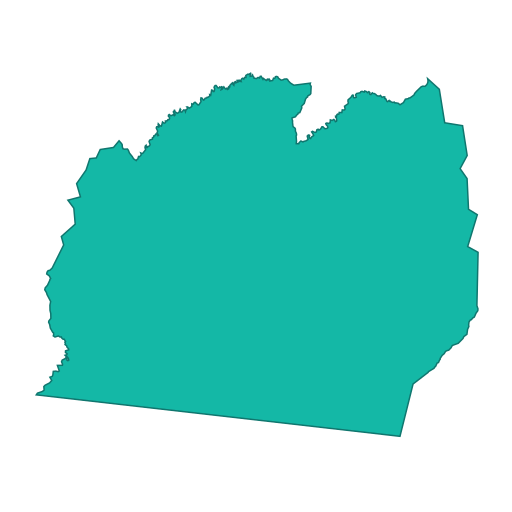 Tarauacá, Acre, Brazil (Robinson projection), rotated 179°
{"feature_id": "56859067B77196196599270", "entity_name": "Tarauacá", "entity_type": "district", "adm_level": 2, "iso_a3": "BRA", "parent_name": "Brazil", "parent_adm1": "Acre", "projection": "robinson", "projection_center": [-71.381, -8.261], "detail": "fine", "context": "isolated", "style": "filled", "palette": "teal", "viewbox_px": 512, "rotation_deg": 179, "n_neighbors": 0, "source": "geoboundaries", "source_scale": "gbopen_adm2", "svg_char_len": 6112}
<svg xmlns="http://www.w3.org/2000/svg" viewBox="0 0 512 512"><g transform="rotate(179 256 256)"><path d="M33.9,255.8L44.2,261.7L34.0,293.4L42.7,299.0L43.6,329.7L50.4,339.8L43.1,352.8L47.2,382.7L65.0,385.9L69.8,419.5L81.3,430.3L81.0,428.7L81.1,426.7L82.0,424.7L83.1,423.5L84.0,422.7L86.3,422.9L87.9,422.3L92.6,417.9L94.6,415.7L95.0,414.5L96.9,413.0L99.3,411.4L100.4,411.3L100.9,410.7L103.9,410.2L105.9,406.8L109.4,404.7L111.1,406.2L113.6,406.7L114.3,406.5L115.1,407.5L116.5,407.1L118.4,407.8L118.9,408.5L119.7,408.3L120.2,409.2L121.7,408.0L122.4,408.3L123.5,410.9L124.6,411.2L124.4,412.7L125.3,413.0L127.2,412.5L128.8,414.4L129.9,413.7L132.1,414.1L133.7,415.7L135.0,416.4L136.2,416.4L136.8,417.1L137.7,416.4L138.3,415.4L139.3,415.6L139.7,416.3L139.3,417.4L140.3,418.4L141.8,417.4L142.6,418.4L144.4,419.1L144.9,418.0L147.1,418.8L148.4,418.4L149.0,417.4L152.6,416.7L153.6,415.5L153.0,412.9L154.4,412.5L155.4,412.5L155.9,413.4L155.7,414.4L156.3,415.3L157.0,415.0L158.4,412.9L161.2,410.6L161.4,409.3L161.0,407.2L161.6,406.4L164.9,404.2L164.4,401.8L164.6,400.8L165.4,400.4L167.2,400.6L167.7,397.9L170.3,398.1L170.5,396.6L171.2,396.3L171.9,396.5L172.6,396.0L173.1,394.1L174.0,394.4L174.0,393.4L173.2,392.7L172.9,390.1L173.2,389.3L174.3,388.9L174.9,390.3L175.8,391.2L177.5,390.2L179.3,390.8L179.6,387.9L181.7,387.2L182.7,387.8L183.9,387.3L183.6,386.1L182.2,384.6L181.9,383.1L182.6,382.4L184.8,382.0L186.9,384.1L187.8,384.1L189.1,382.0L190.2,381.1L190.9,380.9L191.7,381.7L192.9,381.2L193.5,379.1L194.3,378.6L195.5,378.7L197.3,379.7L198.2,379.1L196.7,376.7L196.3,375.4L198.6,373.9L199.3,372.5L200.3,373.0L200.8,374.6L200.3,375.7L201.0,376.1L201.7,376.0L202.7,375.0L201.9,371.6L204.1,370.2L206.1,369.8L207.1,369.2L209.1,370.2L210.9,368.6L211.3,367.5L213.8,367.6L213.5,370.1L213.8,375.3L213.3,376.3L213.5,378.0L214.4,380.1L214.4,382.3L214.9,383.3L216.5,384.5L216.8,385.3L217.2,389.5L217.0,390.3L217.6,392.3L217.5,393.5L214.1,394.5L213.0,396.1L211.6,397.2L211.4,398.1L209.7,398.6L207.6,403.3L207.9,404.9L205.1,407.7L203.7,412.1L202.5,413.7L201.7,414.0L201.4,415.2L199.2,416.4L198.4,417.4L197.9,424.6L199.0,426.7L198.6,427.9L215.1,426.1L218.5,428.3L220.5,430.4L221.4,432.0L222.3,432.5L224.7,432.4L225.9,431.7L227.8,431.4L230.5,433.4L231.0,434.6L231.7,435.0L232.6,435.2L233.5,434.9L233.7,433.9L234.4,433.3L235.4,433.5L236.3,431.2L239.1,430.7L239.1,431.8L239.9,432.8L240.9,431.8L241.6,432.6L242.7,431.3L245.6,433.5L246.0,432.6L247.8,435.7L248.7,435.5L249.4,433.9L250.8,434.5L252.5,433.4L254.9,433.8L255.0,434.8L255.7,435.4L256.3,437.1L257.2,435.9L258.7,435.7L258.7,436.8L258.0,438.0L258.2,438.8L260.1,437.7L260.9,438.0L263.0,436.7L262.9,434.7L264.2,434.8L265.1,433.1L266.1,434.0L267.0,433.6L268.2,431.7L267.8,430.7L269.4,431.0L269.5,432.0L271.6,431.9L270.8,430.4L273.1,429.5L273.1,430.8L274.0,430.5L274.7,429.9L275.2,427.1L276.0,428.0L276.4,429.6L277.0,429.2L278.8,427.5L279.3,426.6L279.2,425.6L279.7,425.0L280.4,425.5L280.5,423.6L281.5,423.1L281.6,424.3L282.4,424.3L282.9,423.6L283.7,423.6L285.2,425.7L286.8,423.4L287.9,422.9L286.9,425.6L287.5,425.9L288.4,425.2L289.4,425.7L290.1,424.7L291.1,424.7L292.9,427.2L293.8,427.2L294.6,426.4L295.0,425.0L294.4,424.2L294.8,421.7L295.3,421.1L296.0,421.3L296.5,422.4L297.5,422.7L298.5,417.5L299.5,418.1L299.4,416.9L301.1,415.5L302.1,415.6L302.6,414.8L304.0,414.7L305.1,413.1L305.9,412.8L307.2,414.8L308.2,415.1L308.6,413.3L308.3,411.3L310.5,408.1L311.3,408.0L314.2,410.8L315.1,410.5L316.3,408.8L317.5,409.3L317.6,406.6L320.1,405.0L321.7,406.2L322.5,406.2L321.8,405.2L322.3,404.1L323.3,403.6L324.0,401.5L324.5,403.1L325.8,403.3L327.7,401.1L328.9,401.4L329.1,402.5L328.7,403.7L329.2,404.4L330.6,400.9L332.2,400.1L334.4,401.6L335.0,403.7L335.2,402.5L336.1,401.8L335.9,400.6L334.4,399.2L334.6,398.2L335.3,397.7L336.1,398.8L338.6,397.7L340.3,399.0L341.1,398.3L341.1,397.1L340.2,396.4L340.0,394.9L340.6,393.9L341.7,393.9L342.4,392.8L344.3,392.5L344.0,391.4L344.6,390.7L345.6,390.4L347.1,391.6L348.3,387.5L349.6,387.8L351.4,389.9L351.6,388.8L350.4,387.4L351.0,386.5L352.1,387.1L353.1,386.9L353.5,385.7L352.3,383.0L352.2,382.1L352.8,381.1L351.4,378.3L352.1,378.0L353.1,379.9L354.2,379.6L355.1,378.0L356.1,377.9L356.4,376.5L357.5,376.0L357.5,374.6L360.0,373.9L360.5,373.3L360.9,372.3L359.9,369.2L360.6,368.0L362.2,367.1L362.9,367.4L362.8,366.4L363.8,366.3L364.0,368.6L364.8,367.9L365.1,366.3L364.5,364.2L367.5,360.6L368.3,360.5L369.4,361.0L369.0,359.9L369.4,358.5L371.0,357.2L371.7,357.5L372.5,355.0L373.4,354.5L374.1,353.5L376.7,355.3L378.0,357.6L380.7,361.1L381.8,364.0L382.7,365.2L385.8,365.1L387.2,365.6L387.8,367.8L387.8,369.4L388.4,370.7L390.9,373.6L396.6,367.0L409.9,365.2L414.0,356.8L420.4,356.3L424.4,344.9L434.1,331.5L430.5,318.2L443.1,315.1L437.3,307.0L436.2,291.0L450.3,278.9L448.1,270.4L460.0,247.5L462.4,245.3L464.1,245.0L465.2,243.5L465.6,241.7L463.0,239.7L461.7,237.0L462.4,236.3L462.6,235.3L465.0,230.4L467.3,227.9L467.8,225.9L466.1,223.0L465.6,221.1L462.1,214.1L462.9,210.4L462.9,205.3L462.2,201.9L462.2,197.2L464.3,194.6L464.5,193.4L463.5,191.1L462.9,187.5L460.6,183.3L459.8,182.8L459.7,180.6L460.1,179.7L458.4,178.5L455.0,179.5L453.3,178.4L452.1,178.5L451.7,177.4L450.3,176.1L449.3,176.2L447.9,173.9L448.6,173.2L448.1,172.0L448.5,170.8L446.9,169.6L446.6,168.2L445.1,166.6L444.9,165.5L448.1,164.5L448.2,162.9L446.5,161.5L446.9,160.6L448.7,160.1L447.9,159.2L446.9,158.9L445.5,157.1L445.0,155.2L445.9,154.6L446.8,155.1L447.1,157.3L447.8,157.7L448.7,156.7L451.6,155.3L452.3,153.6L451.3,151.2L451.5,150.1L456.5,150.1L454.7,144.6L455.8,143.8L458.1,144.4L460.7,144.2L461.2,140.6L461.8,139.2L464.2,138.4L462.4,135.1L464.6,132.7L469.1,130.5L470.4,129.2L470.2,125.6L470.8,125.1L472.2,124.2L476.9,122.7L478.1,121.0L115.2,73.2L101.2,125.3L86.0,136.6L85.5,137.4L80.0,140.6L79.2,141.9L78.4,142.4L76.8,145.8L75.4,146.3L74.4,148.6L73.7,149.4L73.7,150.3L71.6,153.4L69.5,155.1L68.3,157.1L67.2,157.9L64.9,158.5L62.6,160.8L61.5,162.8L60.8,163.3L55.3,165.2L50.5,169.9L49.6,171.8L46.5,174.0L45.7,179.1L44.4,181.8L44.6,183.4L44.2,186.3L42.7,188.4L41.8,188.5L40.4,190.2L38.8,191.1L37.0,195.0L35.2,197.4L35.0,199.3L36.0,202.5L33.9,255.8Z" fill="#14b8a6" stroke="#0f766e" stroke-width="1.5"/></g></svg>